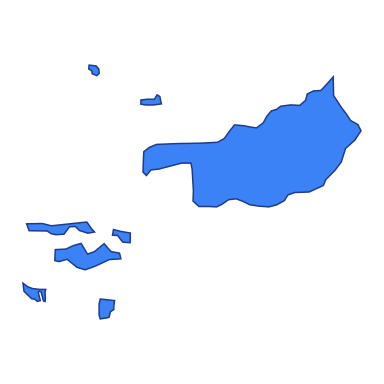 outline of Gunsan-si, North Jeolla, South Korea
{"feature_id": "91817680B51344731064077", "entity_name": "Gunsan-si", "entity_type": "district", "adm_level": 2, "iso_a3": "KOR", "parent_name": "South Korea", "parent_adm1": "North Jeolla", "projection": "natural_earth1", "projection_center": [126.551, 35.9], "detail": "fine", "context": "isolated", "style": "filled", "palette": "blue", "viewbox_px": 384, "rotation_deg": 0, "n_neighbors": 0, "source": "geoboundaries", "source_scale": "gbopen_adm2", "svg_char_len": 1989}
<svg xmlns="http://www.w3.org/2000/svg" viewBox="0 0 384 384"><path d="M333.2,76.9L326.0,85.0L320.9,90.5L313.7,90.9L307.3,93.9L305.6,100.3L299.7,105.4L290.8,104.9L280.7,106.2L276.9,109.2L271.3,110.9L266.7,116.4L263.3,122.8L256.5,127.9L250.2,127.0L243.8,125.7L234.5,124.9L229.8,130.8L224.3,138.5L217.6,142.3L199.3,143.2L176.0,143.6L166.7,144.0L156.6,144.4L149.3,147.4L143.8,151.7L143.4,159.7L143.0,172.1L146.4,175.5L151.0,169.9L158.7,169.1L181.6,163.1L190.9,163.1L192.1,169.1L193.4,190.8L193.0,201.0L198.9,206.5L209.1,206.5L216.7,206.9L221.8,204.4L228.6,199.7L236.2,198.8L243.0,201.4L249.8,204.8L258.7,206.1L268.9,206.9L276.9,204.8L284.5,200.5L287.9,195.0L294.7,192.5L309.1,192.0L313.0,190.2L323.4,185.4L325.8,179.6L335.1,170.2L341.3,161.9L345.5,148.5L354.8,140.2L361.0,130.8L357.9,124.6L350.6,120.5L346.5,114.2L341.7,107.9L333.6,95.6L333.2,76.9ZM81.1,243.4L73.9,245.4L65.7,249.1L55.3,249.6L54.8,260.6L59.0,261.6L67.2,259.3L76.9,267.3L85.0,269.8L94.9,266.3L109.3,259.6L120.9,258.8L119.5,253.1L111.0,251.6L104.1,243.7L94.5,251.6L87.5,254.1L81.1,243.4ZM86.8,222.0L51.4,225.8L42.2,223.5L26.6,223.8L29.1,230.7L47.2,231.0L51.1,233.7L55.8,234.7L64.0,234.2L69.5,226.8L75.4,226.5L79.4,230.5L87.8,233.2L94.5,232.0L91.5,228.7L86.8,222.0ZM105.7,318.1L109.1,317.3L110.3,311.9L113.8,309.5L113.8,306.4L114.6,300.6L100.3,299.0L99.1,303.7L99.1,307.6L99.1,315.0L100.2,318.9L105.7,318.1ZM32.7,288.6L27.6,286.7L23.0,283.2L24.0,291.3L31.7,298.8L34.6,299.1L37.3,301.4L40.3,300.6L38.2,292.1L39.5,291.2L41.1,292.1L42.4,296.7L43.0,299.6L43.8,301.2L45.1,301.5L45.4,297.5L45.1,294.5L45.1,292.1L45.7,289.4L39.7,289.4L32.7,288.6ZM130.3,237.9L130.3,233.0L121.2,231.5L113.5,229.5L112.5,235.2L117.7,235.5L120.9,239.9L122.9,242.2L130.1,242.7L130.3,237.9ZM153.3,105.0L161.4,103.9L159.8,96.5L157.1,94.9L154.4,99.2L147.5,99.2L140.9,100.0L140.9,104.2L145.9,105.0L153.3,105.0ZM99.2,73.3L98.8,69.0L96.1,65.9L89.1,65.1L88.7,69.0L91.8,70.9L92.2,73.7L96.8,75.6L99.2,73.3Z" fill="#3b82f6" stroke="#1e3a8a" stroke-width="1.5"/></svg>